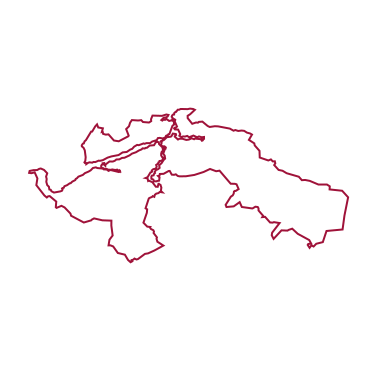 outline of Vaksdal nor, Hordaland, Norway, rotated 64°
{"feature_id": "86288312B98052754922139", "entity_name": "Vaksdal nor", "entity_type": "district", "adm_level": 2, "iso_a3": "NOR", "parent_name": "Norway", "parent_adm1": "Hordaland", "projection": "mercator", "projection_center": [5.767, 60.674], "detail": "fine", "context": "isolated", "style": "outline", "palette": "rose", "viewbox_px": 384, "rotation_deg": 64, "n_neighbors": 0, "source": "geoboundaries", "source_scale": "gbopen_adm2", "svg_char_len": 6141}
<svg xmlns="http://www.w3.org/2000/svg" viewBox="0 0 384 384"><g transform="rotate(64 192 192)"><path d="M291.7,73.1L280.0,65.3L265.2,54.0L256.7,56.5L250.0,67.2L247.3,65.7L244.5,67.4L240.7,75.1L233.6,81.3L230.8,85.0L229.5,88.1L225.1,89.3L216.6,98.7L212.6,101.3L210.1,104.5L203.8,106.3L202.8,104.6L200.7,104.1L199.9,106.0L197.3,106.8L197.1,109.6L190.7,116.0L184.6,113.3L177.6,115.2L175.6,114.7L170.1,118.0L166.7,112.9L164.9,114.1L162.7,116.6L159.9,118.3L158.5,120.5L157.4,123.7L155.3,125.9L155.1,127.8L151.6,130.2L144.5,139.7L142.9,142.6L141.3,147.6L139.5,149.0L133.3,151.8L132.0,155.1L132.3,156.3L131.3,157.9L130.8,161.9L123.7,163.5L121.6,162.5L121.3,159.6L119.4,153.4L117.9,154.6L116.2,157.2L115.6,159.6L112.4,165.8L112.4,167.5L111.8,168.8L113.0,171.1L112.7,171.5L113.3,173.4L114.5,174.1L114.1,175.0L114.5,176.3L115.5,177.3L116.8,176.9L117.7,177.6L118.8,175.9L119.8,175.4L121.1,176.6L126.6,176.8L127.0,178.4L126.6,179.6L127.0,180.2L128.3,179.9L129.8,177.1L134.8,177.2L135.9,178.7L138.1,177.3L138.1,175.7L139.1,174.0L139.5,171.7L141.5,170.6L141.9,166.0L144.7,163.7L145.1,163.0L145.1,161.4L147.1,159.2L147.8,157.1L149.5,157.9L149.3,159.7L147.3,160.4L150.3,159.9L150.3,160.6L147.9,161.1L148.3,161.1L145.3,165.9L145.5,167.0L143.6,168.7L143.5,171.9L142.7,174.3L139.9,177.3L138.6,180.0L138.7,181.6L134.7,183.2L134.3,183.1L133.8,181.3L132.8,181.1L131.1,183.6L132.7,185.8L133.0,186.8L131.7,190.6L132.9,194.2L132.5,195.5L133.1,196.1L132.6,197.3L133.0,198.0L134.5,197.7L136.1,199.3L137.9,198.6L138.9,196.7L140.5,196.0L141.6,196.9L141.6,198.5L142.4,198.4L145.0,201.1L147.3,200.6L150.2,201.5L150.7,203.3L152.8,206.8L153.6,209.8L156.1,210.5L156.6,212.4L156.6,213.5L156.2,214.0L157.6,216.9L158.7,216.9L159.2,218.4L160.2,219.2L159.7,221.0L160.2,221.7L162.3,222.7L163.9,221.3L165.8,221.4L166.9,219.1L166.8,218.6L167.4,216.6L164.7,214.8L162.7,215.5L163.0,214.0L161.7,213.0L163.2,209.6L162.9,203.8L163.3,202.8L167.5,202.6L168.7,200.6L169.0,198.8L171.3,197.8L172.5,196.3L175.2,190.5L177.7,182.4L179.1,172.8L179.2,165.7L183.9,161.2L184.9,157.9L201.5,153.6L203.5,149.8L204.6,148.6L209.8,148.8L210.2,152.2L209.8,153.0L210.0,154.1L211.7,155.2L212.9,156.9L213.2,159.1L218.3,167.4L220.6,167.6L223.2,160.8L222.0,153.6L227.3,153.8L232.9,145.5L233.3,144.7L233.0,141.5L234.3,139.5L235.9,139.4L237.8,140.3L244.6,138.5L245.4,139.8L246.4,137.2L253.6,135.2L254.9,132.9L255.0,131.6L258.3,126.9L263.7,137.8L265.8,139.3L269.9,139.2L265.7,128.4L268.6,123.0L268.4,122.0L268.9,118.0L275.9,115.3L286.6,107.7L290.6,107.5L289.7,110.3L290.3,111.2L293.7,110.8L292.3,108.1L294.3,106.6L293.0,103.0L294.4,96.4L286.0,88.2L291.7,73.1ZM169.3,218.0L172.3,220.5L171.4,222.2L165.8,223.3L162.9,225.8L162.9,226.6L160.4,226.0L159.1,227.6L159.2,225.4L156.2,220.8L156.4,219.6L156.1,219.0L155.0,218.7L154.5,216.8L155.0,214.9L154.7,213.7L153.7,212.6L152.0,212.4L151.5,209.8L150.7,209.3L150.6,208.1L149.9,207.6L150.6,205.6L149.9,203.8L149.7,201.8L148.5,201.7L148.8,202.6L148.5,203.4L145.7,203.7L144.0,202.9L142.5,201.5L142.2,199.9L140.6,199.2L141.2,198.0L141.1,197.1L140.3,196.5L139.5,197.4L140.1,199.3L138.9,199.0L134.5,200.6L132.8,200.1L131.8,201.0L131.5,202.9L133.3,205.6L131.7,209.7L132.5,213.1L132.0,214.4L132.2,215.4L131.1,217.3L131.6,218.7L131.4,221.5L131.7,225.0L131.2,229.1L131.7,232.0L131.6,237.7L130.7,239.9L130.8,243.1L129.6,245.7L130.1,247.8L129.9,249.8L128.4,252.8L129.4,257.8L130.4,258.4L129.1,258.9L127.5,258.2L127.0,259.8L128.1,260.3L128.0,261.3L128.8,262.3L130.7,262.8L131.6,261.4L132.4,261.1L134.0,258.4L134.8,258.1L136.6,255.0L136.7,253.9L138.6,251.3L139.1,249.4L140.5,248.7L140.8,247.9L141.0,247.5L141.3,247.4L141.5,247.5L140.9,247.7L141.3,248.2L142.2,247.9L142.0,249.0L136.5,255.6L136.4,257.8L134.4,258.8L133.0,261.4L131.8,262.0L128.9,266.7L127.7,267.6L127.0,270.5L128.1,273.6L128.3,276.0L128.1,280.0L128.8,282.6L128.4,287.4L129.2,289.4L129.3,290.8L130.1,291.7L130.2,295.1L130.9,297.2L130.6,298.1L131.1,301.3L130.9,304.1L132.0,305.5L131.7,306.7L131.9,307.3L133.1,307.3L133.9,308.4L133.7,310.2L132.0,316.3L129.7,318.0L128.1,318.0L127.2,319.1L124.5,318.3L122.4,319.1L119.0,318.5L116.6,316.9L114.2,316.4L111.7,313.9L107.3,315.3L104.6,317.6L104.2,319.2L104.4,321.6L102.9,324.8L101.9,328.7L103.4,330.0L104.7,328.1L105.4,324.8L112.0,325.0L117.6,328.9L130.4,326.2L133.3,324.9L132.8,323.2L133.3,321.7L141.1,318.2L146.0,321.1L146.9,320.7L147.2,315.4L150.0,313.3L158.1,310.7L160.3,311.1L172.0,302.6L173.3,295.0L172.9,294.2L172.8,291.6L178.2,284.9L182.4,277.0L186.8,279.2L196.3,282.4L198.7,287.1L203.4,290.4L204.2,288.7L206.4,286.7L214.3,285.4L218.9,279.8L225.0,279.3L228.2,278.0L228.1,276.4L227.3,276.8L226.7,276.2L227.1,274.5L226.6,272.9L228.3,271.5L228.6,270.0L227.0,261.4L227.9,258.4L228.1,251.4L227.6,241.2L221.5,244.9L218.5,244.4L217.4,243.4L212.0,244.5L210.9,243.5L209.4,243.5L207.3,245.1L205.4,245.4L205.1,244.9L203.5,247.4L198.3,249.1L190.9,241.7L187.9,239.9L186.3,240.9L179.1,233.9L178.7,233.1L178.9,230.0L178.5,229.1L179.8,228.0L178.2,226.6L177.8,224.8L178.3,222.6L177.8,221.0L179.3,218.8L177.4,219.5L174.6,217.6L171.7,217.2L170.5,218.3L169.3,218.0ZM120.6,274.8L120.2,272.6L120.4,271.1L121.9,268.8L121.8,267.4L122.7,265.8L122.9,262.1L123.6,261.1L124.3,258.2L124.1,252.8L124.7,248.8L126.6,241.8L126.0,237.0L127.4,233.1L126.8,228.9L127.0,226.8L125.9,224.2L125.6,220.7L126.6,219.3L127.1,214.3L127.9,213.4L128.1,211.5L129.7,208.3L129.2,205.7L129.9,200.8L128.6,199.1L129.2,197.3L131.0,194.9L131.2,193.1L131.2,192.0L130.1,190.7L130.2,188.3L129.7,187.8L130.0,186.9L123.9,180.5L123.5,178.6L120.4,177.3L118.6,179.1L118.1,181.4L115.2,182.9L115.4,184.3L114.5,186.1L114.8,187.4L113.9,188.0L112.9,185.1L113.6,182.2L113.4,180.7L112.4,179.4L111.1,181.1L110.4,185.6L106.0,194.0L108.6,196.9L110.4,197.6L110.7,200.2L107.6,205.4L105.2,206.1L104.1,209.1L101.0,214.5L102.6,217.3L105.3,219.8L106.6,223.6L113.6,224.2L114.0,224.8L114.3,235.6L111.5,239.6L103.6,241.8L102.6,244.4L100.8,246.4L98.8,245.9L98.6,246.8L95.7,244.2L92.9,248.0L89.6,247.7L90.6,250.2L93.9,255.2L93.5,256.2L98.9,264.6L99.4,266.4L100.9,267.9L100.7,268.9L101.7,270.6L102.7,271.0L104.7,270.1L107.5,270.1L114.1,272.3L117.3,274.3L118.2,275.7L119.1,275.5L119.6,274.4L120.6,274.8Z" fill="none" stroke="#9f1239" stroke-width="2"/></g></svg>